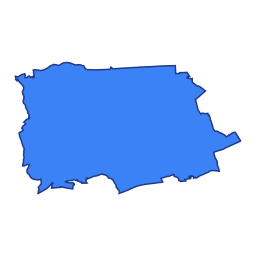 Mosoaia, Arges, Romania
{"feature_id": "2599482B7420544870343", "entity_name": "Mosoaia", "entity_type": "district", "adm_level": 2, "iso_a3": "ROU", "parent_name": "Romania", "parent_adm1": "Arges", "projection": "robinson", "projection_center": [24.795, 44.826], "detail": "fine", "context": "isolated", "style": "filled", "palette": "blue", "viewbox_px": 256, "rotation_deg": 0, "n_neighbors": 0, "source": "geoboundaries", "source_scale": "gbopen_adm2", "svg_char_len": 5628}
<svg xmlns="http://www.w3.org/2000/svg" viewBox="0 0 256 256"><path d="M51.6,188.1L60.6,187.3L60.5,186.7L65.2,187.7L68.9,188.4L72.7,188.9L72.9,186.0L74.3,184.8L74.4,184.2L74.0,183.7L73.2,183.6L73.2,182.8L68.4,182.8L67.5,182.6L66.0,182.1L65.5,181.8L65.8,181.4L66.4,181.3L66.9,181.0L67.8,181.1L68.4,180.7L72.3,180.5L73.3,180.0L74.0,179.7L76.1,180.5L76.5,180.5L76.5,179.9L77.4,179.9L77.2,180.7L77.4,181.0L80.9,182.2L81.7,182.1L81.7,183.2L84.9,183.1L85.2,183.2L87.0,183.0L86.3,182.3L86.1,181.7L86.3,181.2L86.0,180.5L86.1,179.8L86.5,178.5L86.8,178.1L87.1,178.0L87.4,178.4L87.5,178.9L94.7,176.0L95.5,176.1L98.1,175.4L101.6,174.0L102.0,174.3L102.8,174.3L104.1,174.8L105.2,174.8L106.0,175.4L106.3,175.4L107.0,175.9L107.9,176.8L108.1,177.3L108.2,177.7L108.4,177.9L109.7,178.4L110.1,178.4L112.2,179.0L112.4,179.4L112.3,179.7L112.4,179.9L112.9,180.0L113.1,180.1L113.5,180.6L113.8,181.5L114.5,182.8L115.4,184.1L116.3,185.9L116.2,187.4L117.8,188.5L117.9,189.6L118.8,190.3L119.6,191.9L119.1,193.4L122.5,192.2L123.1,192.0L128.2,190.0L130.4,188.9L133.5,187.5L137.3,186.1L138.8,185.6L144.7,184.4L147.7,184.0L154.3,183.2L159.3,182.5L161.3,182.4L162.8,181.9L162.0,180.7L161.9,180.0L161.2,178.9L161.1,178.2L167.5,176.4L168.6,176.4L169.4,176.1L171.3,175.3L172.8,174.9L173.7,174.5L174.0,174.6L174.3,175.0L174.0,175.6L174.0,175.9L174.3,176.4L174.8,176.6L176.7,177.1L177.2,177.3L178.0,178.1L178.7,179.3L178.6,180.0L178.7,180.4L179.0,180.7L179.4,180.8L179.9,180.8L180.4,181.4L182.7,181.3L185.7,181.0L185.9,180.9L185.6,180.5L185.0,179.4L189.7,178.7L189.9,178.5L190.5,178.5L190.8,178.2L190.8,177.8L190.4,177.5L189.9,177.4L189.1,177.1L188.9,176.8L188.9,176.5L189.1,176.3L189.9,175.9L190.2,176.1L190.3,176.5L190.5,176.6L191.0,176.5L191.5,176.1L191.5,176.6L193.4,176.3L193.7,176.6L193.7,176.9L193.7,178.2L194.6,177.6L195.0,177.4L195.5,177.6L195.9,178.0L196.1,178.1L196.4,178.0L197.4,177.4L199.7,175.8L200.7,175.4L204.0,174.1L206.1,173.0L208.0,172.4L208.5,172.1L209.3,171.4L210.2,170.9L212.8,170.5L216.6,170.8L219.2,171.2L218.7,168.6L218.1,167.0L217.3,165.0L217.2,161.5L215.8,158.9L215.2,158.0L214.9,157.2L214.4,155.0L213.8,153.0L213.8,152.7L213.9,152.2L215.0,151.7L220.1,150.2L223.6,149.1L225.6,147.8L240.0,141.4L240.6,140.9L237.9,136.5L235.1,132.2L233.4,132.6L231.8,133.3L229.7,134.7L229.1,135.0L228.8,135.0L228.7,135.4L228.4,135.6L226.3,136.8L224.5,134.9L222.5,133.9L220.8,132.9L220.2,133.1L218.4,131.7L217.3,131.5L216.7,131.1L215.1,131.2L214.4,130.3L213.9,129.8L213.3,128.9L213.0,128.0L213.0,127.6L210.9,120.7L209.9,118.5L210.1,117.6L210.0,117.3L209.3,116.1L209.3,115.2L208.3,115.1L207.9,113.4L205.1,113.6L203.7,113.5L203.4,113.3L202.1,113.2L200.7,114.0L198.1,110.1L195.5,99.5L199.6,96.1L201.6,94.2L205.5,91.0L200.6,87.2L198.6,86.0L196.9,85.9L195.3,84.5L192.3,82.3L192.2,78.5L191.6,78.7L191.6,78.8L190.9,78.8L190.7,78.6L190.2,78.6L189.7,78.5L189.3,78.4L187.3,78.0L187.3,77.0L188.5,77.1L188.6,76.7L188.4,76.7L188.5,76.2L189.6,76.3L187.0,72.4L182.6,72.6L179.7,72.6L179.5,72.8L179.5,73.5L175.7,73.6L175.3,65.6L161.8,66.0L150.6,66.7L140.3,67.1L135.8,67.5L134.7,67.4L129.0,67.9L127.4,67.9L113.4,68.8L112.6,68.7L111.4,67.4L111.1,67.2L110.7,67.1L110.1,69.2L109.8,69.4L107.1,69.4L103.9,69.6L95.5,69.9L87.7,69.6L86.6,69.4L85.8,69.0L85.1,68.3L83.6,65.7L82.5,65.7L80.7,64.9L79.0,64.7L77.2,64.8L76.0,65.0L75.1,64.9L71.0,63.3L69.4,62.8L67.3,62.5L65.1,62.6L63.5,62.9L62.6,63.1L60.8,64.3L60.0,64.9L59.0,65.3L58.3,65.4L55.4,64.6L53.5,64.5L50.0,66.1L49.2,66.8L47.6,68.0L45.1,69.3L43.7,69.9L42.7,70.2L41.3,70.5L39.9,70.4L38.3,70.1L36.7,70.1L34.8,69.7L34.2,69.8L33.2,70.2L33.7,71.1L33.5,72.4L33.6,73.2L34.0,74.5L34.2,74.8L34.1,75.2L34.0,75.5L33.6,75.7L33.4,76.0L33.6,76.5L34.1,77.0L34.1,77.6L33.5,77.8L32.9,77.7L32.1,76.7L31.8,76.8L31.4,77.2L30.8,77.5L30.4,77.3L29.7,76.5L29.6,76.1L29.2,75.9L28.1,76.4L27.8,76.8L27.6,77.2L26.8,77.6L25.8,77.7L25.1,77.6L25.1,76.6L25.3,74.8L24.7,73.7L23.6,74.1L21.6,74.6L18.1,76.8L17.0,76.7L16.1,76.4L15.4,76.3L16.0,79.5L15.8,79.6L17.1,80.9L17.3,80.8L17.5,80.6L17.6,80.0L17.6,79.7L17.9,79.3L18.6,80.9L19.8,82.6L20.9,83.4L21.9,84.7L22.6,85.1L23.4,86.7L23.6,87.3L23.7,88.8L23.6,89.3L22.4,91.7L22.4,92.2L22.6,92.7L22.6,92.9L22.9,93.5L22.9,93.9L23.1,94.5L23.6,95.0L23.5,95.4L23.5,95.8L23.9,96.2L24.0,97.0L24.0,97.6L23.8,98.2L23.9,98.8L23.3,99.9L23.3,100.4L23.3,101.4L23.3,101.9L23.2,102.3L23.6,103.3L24.5,104.0L25.3,104.9L25.7,107.4L26.0,107.7L26.1,108.6L26.3,108.9L27.1,109.7L27.3,110.1L27.3,110.8L27.7,111.6L27.6,112.3L27.8,113.0L28.6,113.6L28.7,113.8L28.6,114.3L28.9,115.0L29.1,115.5L28.9,116.2L28.8,117.2L29.3,117.2L29.5,117.4L29.5,117.8L29.5,118.3L27.8,118.9L26.6,119.5L25.9,120.0L23.7,122.2L25.0,123.2L25.6,124.0L22.5,126.5L21.8,128.4L22.7,129.1L23.0,129.6L23.1,130.1L21.8,131.3L20.2,132.3L19.1,132.7L19.6,136.3L21.0,139.8L22.5,144.6L22.6,145.5L23.4,146.5L23.5,146.8L23.4,147.0L23.7,147.6L24.0,148.4L24.2,149.2L24.2,149.6L23.8,150.9L23.9,152.1L23.6,155.7L24.0,156.8L24.1,157.5L24.0,158.5L23.6,159.1L23.5,159.8L23.6,160.5L23.4,162.1L23.2,162.9L23.3,163.4L23.1,163.7L22.7,164.8L22.6,165.9L24.3,165.9L25.4,165.4L25.8,165.1L26.3,164.9L26.8,164.5L29.3,164.6L28.6,166.8L27.2,169.3L27.0,170.0L27.0,171.1L27.1,172.2L27.5,172.3L27.4,172.9L27.9,173.6L29.1,174.6L30.2,176.7L31.1,177.9L31.5,178.2L33.0,179.0L35.1,179.5L36.3,179.6L37.2,179.9L38.9,179.8L39.7,179.6L40.8,179.0L40.8,179.7L41.0,179.7L41.3,183.5L41.2,183.9L41.0,184.1L39.8,185.5L39.2,186.4L38.6,187.0L38.4,187.3L38.4,188.1L38.8,189.0L38.9,189.3L39.1,189.7L39.1,189.9L38.6,190.2L38.5,190.4L38.6,190.7L38.3,191.5L38.4,192.1L37.9,193.3L38.1,193.5L47.1,188.4L53.2,182.2L52.7,183.1L52.5,184.0L52.0,185.1L51.8,186.6L51.8,187.0L51.6,188.1Z" fill="#3b82f6" stroke="#1e3a8a" stroke-width="1.5"/></svg>